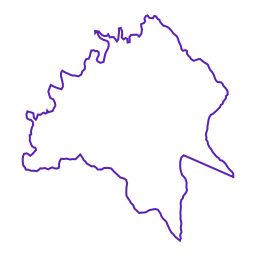 outline of Vicentinópolis, Goiás, Brazil
{"feature_id": "56859067B52172624703615", "entity_name": "Vicentinópolis", "entity_type": "district", "adm_level": 2, "iso_a3": "BRA", "parent_name": "Brazil", "parent_adm1": "Goiás", "projection": "equal_earth", "projection_center": [-49.894, -17.738], "detail": "fine", "context": "isolated", "style": "outline", "palette": "violet", "viewbox_px": 256, "rotation_deg": 0, "n_neighbors": 0, "source": "geoboundaries", "source_scale": "gbopen_adm2", "svg_char_len": 3895}
<svg xmlns="http://www.w3.org/2000/svg" viewBox="0 0 256 256"><path d="M108.2,34.3L106.8,35.9L104.6,36.0L102.3,35.3L100.4,33.4L98.9,31.5L97.3,31.3L98.3,35.4L100.4,38.2L101.9,38.9L103.3,39.8L106.5,40.7L108.3,41.9L108.7,44.0L108.7,46.1L107.8,48.9L106.4,51.4L105.4,53.6L104.7,56.1L104.2,58.9L103.6,61.9L101.8,62.5L100.3,62.8L97.7,61.4L96.7,59.5L97.6,57.4L98.8,55.1L98.7,52.2L97.2,51.0L95.2,51.2L93.7,50.2L91.4,50.5L90.4,53.5L89.9,56.1L88.6,58.7L86.2,59.1L84.9,61.3L84.4,64.1L85.0,66.1L84.8,68.9L82.3,71.4L81.3,74.5L78.3,76.4L75.1,75.5L72.7,75.5L70.8,75.0L68.0,73.6L65.9,72.8L62.3,70.7L61.1,72.7L60.9,75.4L61.6,78.5L62.3,81.4L62.9,84.2L62.8,86.9L61.4,89.2L58.6,88.4L55.4,87.3L53.7,86.5L50.8,84.9L49.7,87.7L48.3,91.5L49.2,94.7L50.3,97.9L53.3,99.4L54.9,102.6L55.4,105.7L53.7,108.5L52.6,111.1L51.0,111.4L48.6,112.3L47.2,110.6L46.9,112.8L45.5,113.6L43.9,112.6L42.4,113.3L40.5,114.8L37.8,114.6L36.9,117.7L35.8,119.7L33.8,117.5L33.4,113.3L31.4,112.5L27.4,111.4L26.5,114.1L26.6,116.4L27.1,118.3L29.0,119.5L31.0,120.0L32.7,121.7L33.2,125.0L31.8,127.8L31.0,131.2L31.2,134.4L29.7,135.1L29.9,137.4L29.7,140.4L30.9,143.6L31.9,146.0L33.6,147.4L35.3,147.7L36.2,149.9L34.2,152.0L32.2,154.3L30.3,155.7L28.8,154.6L26.7,153.3L24.1,153.8L23.2,155.7L22.7,159.0L22.7,161.7L23.2,165.3L25.1,167.7L25.8,169.6L28.0,169.7L29.8,170.3L31.3,170.8L33.9,170.7L36.5,171.3L38.4,170.2L40.4,168.3L42.4,168.5L44.8,168.0L46.5,168.7L48.3,169.3L50.7,168.0L52.3,167.4L54.5,168.4L57.1,168.5L58.7,168.0L59.2,166.1L59.0,164.1L59.6,161.7L61.0,158.8L63.8,159.0L66.4,158.6L70.2,159.5L72.1,159.1L75.5,159.2L80.2,154.5L82.0,156.8L83.8,160.1L85.1,161.3L87.1,163.8L89.3,165.0L91.5,166.3L94.0,166.2L96.1,167.6L97.9,169.5L101.2,169.6L104.2,168.0L107.4,167.9L109.4,168.1L111.3,168.5L113.4,171.0L120.4,177.5L124.3,178.6L126.1,179.8L127.1,183.1L126.4,188.3L126.3,191.6L126.4,195.5L127.9,198.2L129.5,200.3L130.6,202.5L133.3,205.3L134.5,208.5L136.9,210.8L139.3,213.0L142.6,212.5L144.5,212.5L146.5,211.9L149.3,210.1L155.4,209.0L157.9,209.8L160.4,213.4L161.6,216.6L162.9,218.5L164.2,219.6L166.2,221.6L168.5,226.9L169.8,229.7L171.4,232.5L173.2,234.2L175.6,237.1L180.0,240.6L180.8,238.3L180.1,235.4L181.5,231.9L180.9,229.2L180.8,226.9L181.3,224.6L181.2,221.8L180.5,219.0L180.6,215.8L180.4,213.3L180.9,206.1L180.6,203.2L181.4,199.7L182.9,198.1L183.2,196.1L186.0,192.6L187.1,190.0L186.4,187.6L186.6,182.6L185.4,178.5L182.0,174.8L180.5,169.7L180.2,166.6L180.3,161.4L181.4,157.4L183.7,155.3L201.2,162.9L233.3,177.0L233.2,173.6L232.0,171.8L230.3,170.3L228.4,168.3L225.7,164.0L223.7,161.8L221.9,160.6L220.1,160.1L218.5,157.9L216.5,156.6L212.7,152.0L211.1,149.1L209.4,147.0L208.1,144.5L207.5,141.2L206.1,139.5L206.5,137.4L205.9,134.8L206.5,131.9L207.4,129.2L207.5,126.1L208.0,123.5L208.4,120.5L209.2,117.5L210.9,114.7L212.7,114.1L214.3,112.6L216.1,111.1L218.2,109.0L220.0,107.1L220.8,105.0L222.5,103.9L223.5,101.3L225.8,98.5L226.0,96.0L227.7,94.5L227.5,91.1L226.2,88.9L224.7,87.2L223.5,86.0L222.5,83.7L220.9,82.3L217.5,82.0L216.2,80.7L215.2,79.2L213.9,75.0L212.0,71.9L210.3,70.0L209.0,67.6L208.0,64.9L206.6,63.7L204.7,62.7L201.9,60.5L200.1,59.0L198.2,59.2L196.4,59.9L193.6,60.8L191.2,59.1L190.1,57.4L188.2,55.5L187.0,53.6L186.9,50.9L185.1,50.1L183.0,50.8L181.6,49.5L180.8,45.7L179.9,44.0L178.6,41.0L177.9,38.4L176.6,36.1L174.9,34.6L173.5,33.6L171.1,30.3L168.8,28.0L166.7,26.6L165.2,26.1L163.5,25.7L161.7,23.9L160.1,21.8L159.4,19.7L157.6,19.0L156.1,16.4L154.2,16.0L152.9,18.3L151.1,18.1L149.2,17.8L147.5,15.4L145.8,16.2L144.4,18.7L145.1,21.0L144.3,22.8L141.1,24.2L141.3,26.7L142.0,29.6L141.3,33.9L139.2,36.6L137.1,34.6L133.4,34.8L130.9,35.0L129.4,37.2L129.7,39.3L129.6,42.2L127.6,42.5L127.3,38.9L125.7,38.0L123.5,39.4L121.6,37.1L122.2,34.5L122.0,31.0L120.8,28.0L118.9,28.4L119.1,30.9L118.8,34.0L118.2,39.6L116.9,41.3L115.9,39.8L113.8,37.2L111.9,37.0L109.9,37.4L108.2,34.3ZM97.3,31.3L95.1,30.9L95.2,33.1L97.3,31.3Z" fill="none" stroke="#5b21b6" stroke-width="2"/></svg>